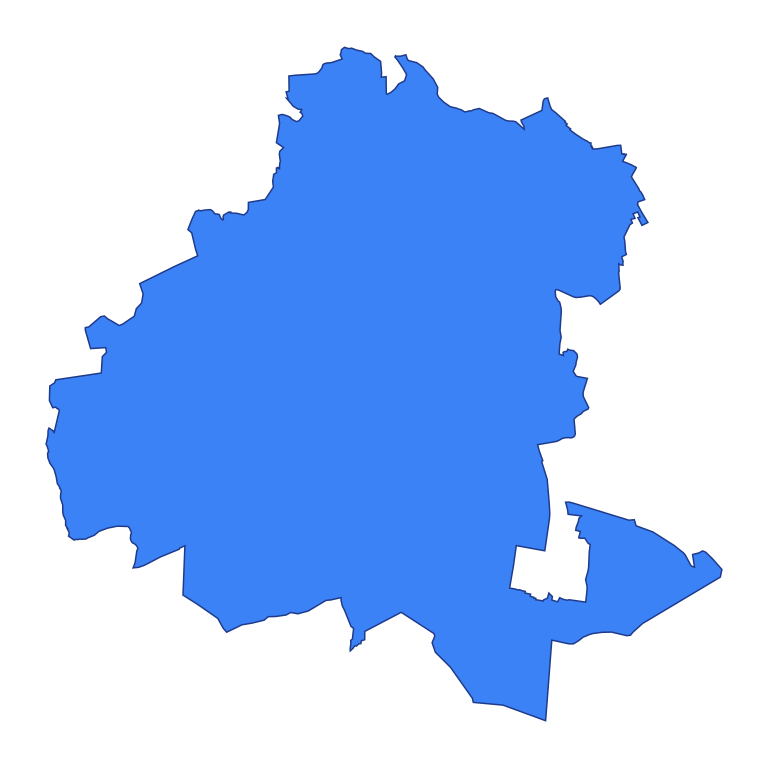 outline of Moroleón, Guanajuato, Mexico
{"feature_id": "50627088B62680528635044", "entity_name": "Moroleón", "entity_type": "district", "adm_level": 2, "iso_a3": "MEX", "parent_name": "Mexico", "parent_adm1": "Guanajuato", "projection": "orthographic", "projection_center": [-101.228, 20.085], "detail": "fine", "context": "isolated", "style": "filled", "palette": "blue", "viewbox_px": 768, "rotation_deg": 0, "n_neighbors": 0, "source": "geoboundaries", "source_scale": "gbopen_adm2", "svg_char_len": 6018}
<svg xmlns="http://www.w3.org/2000/svg" viewBox="0 0 768 768"><path d="M547.7,97.9L544.4,98.8L543.2,101.1L541.9,110.4L521.0,120.1L521.5,122.0L524.0,126.3L524.2,129.2L515.8,121.8L513.6,121.2L508.3,121.0L505.3,120.2L493.7,113.8L492.5,113.3L488.9,112.8L479.3,108.5L473.8,109.7L471.5,110.8L469.2,110.9L466.1,111.8L464.4,111.8L461.0,109.6L458.9,109.2L456.7,108.2L450.2,106.7L443.7,102.1L438.7,97.2L437.2,94.0L437.7,87.4L433.2,78.9L425.1,69.9L423.1,67.1L416.8,62.7L408.3,60.5L407.1,58.6L405.9,54.8L400.0,56.3L398.7,56.1L396.6,56.3L395.5,55.8L394.9,57.0L397.3,59.8L402.9,68.1L406.6,74.6L404.6,80.8L398.8,83.8L394.8,89.1L390.6,92.6L387.1,94.3L386.3,93.3L386.1,76.7L381.3,77.2L381.6,73.1L380.6,61.4L374.0,56.7L370.7,53.5L366.3,53.3L365.0,53.0L362.7,51.4L356.6,50.1L351.7,48.2L348.5,48.6L344.5,47.3L341.4,49.7L340.8,53.9L340.3,54.3L340.3,55.1L342.2,59.0L331.2,62.7L326.8,63.0L324.0,63.8L322.7,65.1L321.8,68.1L319.2,71.5L317.3,73.3L314.3,74.0L295.8,75.2L288.9,76.0L289.1,91.3L286.1,91.9L288.0,98.6L286.6,98.3L293.3,106.3L298.0,109.1L301.6,109.5L301.7,110.0L300.1,112.2L301.9,113.5L302.8,116.1L299.4,120.3L298.2,121.2L296.2,121.5L291.9,119.4L291.3,118.5L290.0,117.2L288.0,116.2L283.3,114.6L281.7,114.5L278.4,115.4L279.6,123.4L276.4,142.7L283.5,147.5L279.8,151.3L279.3,154.2L280.3,161.2L279.7,163.8L279.5,168.8L278.2,168.2L278.3,167.5L278.1,167.4L276.4,168.1L276.5,172.7L273.7,174.4L272.7,181.3L273.4,187.1L265.2,199.5L248.4,202.4L248.3,209.7L246.8,212.5L243.9,215.0L236.8,213.3L230.5,213.0L230.7,212.0L228.7,212.1L223.5,215.2L223.0,216.9L223.4,219.6L222.4,219.9L220.4,217.5L219.4,214.7L218.0,214.1L215.1,213.9L212.2,210.6L210.3,209.6L204.1,210.1L201.9,210.7L199.5,210.6L198.7,210.1L198.3,210.5L195.6,211.4L192.0,219.1L187.9,229.6L191.7,232.8L195.4,248.5L197.7,255.8L174.0,266.7L139.7,283.6L143.1,293.9L141.6,303.0L136.3,308.7L134.3,316.2L122.5,324.2L119.2,325.5L107.5,318.7L104.4,316.0L100.7,316.7L88.7,327.0L85.3,327.6L85.3,330.1L90.6,348.6L105.7,347.6L106.5,352.3L102.3,356.7L101.3,373.0L55.8,379.8L54.6,382.8L49.8,386.0L49.4,400.5L52.7,407.7L55.8,407.2L57.3,408.7L58.1,408.7L59.3,410.6L54.2,432.4L53.4,431.6L53.3,430.9L49.0,428.1L48.1,430.5L47.9,435.9L46.1,444.3L47.0,445.8L48.5,450.6L48.6,452.1L48.0,452.2L47.6,453.7L47.9,457.9L50.0,463.4L53.9,468.9L56.0,476.0L57.4,483.8L58.9,485.8L59.8,487.7L59.6,488.0L61.2,490.5L60.5,496.1L60.6,498.5L62.7,504.8L62.8,512.3L63.3,515.2L65.6,520.3L65.6,525.4L67.5,528.2L67.0,528.2L69.0,532.2L69.2,533.6L68.5,536.1L74.1,540.1L75.7,539.4L77.8,539.6L79.6,539.0L81.9,539.3L86.0,539.0L87.7,537.9L94.3,535.3L98.9,531.4L107.7,528.1L117.2,526.2L128.0,526.5L129.4,527.9L131.4,532.3L131.3,533.4L130.7,534.7L130.4,538.9L131.3,541.2L132.4,542.8L134.5,543.8L136.7,545.8L137.9,548.3L136.8,551.0L135.1,562.6L133.1,567.9L138.7,567.3L144.4,565.3L160.5,556.9L179.3,549.2L179.5,548.2L184.9,545.7L183.0,595.1L197.9,604.6L217.8,618.4L223.3,628.4L226.7,632.2L242.0,624.8L252.1,623.1L264.3,620.1L268.1,616.7L275.6,616.5L286.1,615.0L290.7,612.5L297.9,613.8L308.2,611.0L326.0,600.4L331.0,599.9L341.1,597.6L341.0,600.1L342.3,605.8L344.8,610.9L351.0,626.4L353.6,628.4L352.4,639.1L350.7,640.4L350.9,643.3L350.1,649.1L350.3,650.9L353.1,648.2L354.7,645.8L356.4,646.1L358.8,643.8L360.8,643.7L361.4,640.8L364.7,639.7L364.8,631.4L401.2,612.3L433.9,633.5L434.8,636.0L432.1,642.8L435.4,652.3L450.5,667.3L472.4,698.3L473.3,702.4L502.9,705.1L545.6,720.7L551.8,640.1L568.6,643.8L573.3,643.9L578.5,640.8L583.2,637.1L589.8,634.4L593.6,633.4L602.2,632.3L611.5,632.1L626.9,635.7L630.5,635.2L632.7,632.4L642.7,623.4L720.3,577.1L721.9,569.5L712.7,559.0L705.7,552.2L702.6,550.9L699.0,552.9L692.6,554.5L694.5,567.2L691.1,565.9L685.2,554.9L683.5,552.9L673.9,545.3L652.8,531.9L636.1,525.8L634.3,519.7L628.9,520.2L573.1,503.1L569.2,502.1L565.6,502.2L567.6,509.8L568.1,514.3L581.5,515.9L578.9,518.4L578.3,521.8L576.2,527.2L575.7,530.3L580.3,531.5L578.7,537.8L581.1,538.3L584.8,538.2L588.2,543.4L590.2,544.5L589.3,551.5L588.6,567.6L588.0,571.1L585.6,579.6L587.1,586.5L587.0,590.5L585.7,602.1L570.3,599.9L568.8,599.8L566.9,600.2L562.8,599.2L559.7,597.7L557.7,601.7L556.5,601.5L551.8,600.0L552.4,596.6L548.9,593.0L547.4,598.2L543.5,599.9L543.3,601.0L538.8,600.2L535.7,599.7L535.8,598.3L533.8,598.2L533.9,597.3L530.3,596.5L530.6,594.2L525.0,593.0L525.3,591.4L522.1,590.7L519.6,589.7L518.2,590.0L514.7,588.9L509.6,588.1L513.5,565.4L516.3,545.6L544.8,550.8L549.5,518.4L549.8,513.3L549.2,503.0L547.2,479.3L541.6,461.5L542.8,460.7L539.3,451.1L537.6,444.7L556.1,441.5L557.9,440.9L562.5,438.4L564.9,437.8L568.5,437.6L571.2,437.9L573.5,437.1L574.7,435.8L575.3,433.9L574.1,420.0L574.3,418.8L577.2,416.1L581.3,413.7L583.4,411.3L588.0,409.1L588.7,407.7L583.4,396.7L583.1,394.0L583.2,392.0L587.4,378.4L577.3,376.5L576.1,375.9L573.2,371.4L575.9,364.8L576.1,362.4L577.5,357.0L577.0,354.0L573.6,350.6L569.8,350.1L567.8,349.2L566.8,351.5L564.7,351.6L563.1,352.3L563.4,355.5L559.1,354.0L559.9,343.4L561.2,337.2L560.0,330.4L561.3,311.6L561.0,307.9L560.1,303.9L559.5,301.9L558.2,301.1L555.7,296.8L555.2,291.2L555.8,289.6L558.2,289.9L573.6,296.9L576.0,297.5L580.7,297.1L589.6,295.7L591.9,296.0L593.9,297.1L596.4,299.2L599.1,302.3L600.3,304.3L618.3,291.3L619.8,289.8L620.2,288.1L618.6,272.6L619.1,271.7L618.8,263.8L620.7,265.0L623.1,265.1L622.8,264.2L623.1,261.4L622.0,257.7L622.0,256.6L626.4,254.5L625.5,251.5L624.8,241.7L624.0,236.9L630.0,224.6L632.4,223.1L631.0,219.3L635.0,218.4L633.1,213.8L637.7,212.0L640.0,217.0L637.9,217.7L642.0,225.4L647.9,222.5L641.4,211.7L637.5,204.5L637.9,204.0L637.6,203.2L638.0,201.9L644.7,199.6L644.3,198.7L642.7,195.0L640.8,191.8L639.6,190.9L638.8,188.7L631.4,176.9L632.5,174.5L635.9,168.7L636.3,167.5L631.2,164.7L622.6,161.3L626.4,154.4L626.1,154.1L625.3,154.7L623.8,154.4L624.0,153.9L621.8,153.9L620.7,145.3L617.4,145.4L597.1,148.9L592.6,149.0L592.5,147.5L591.8,147.5L591.8,146.1L591.0,146.1L590.9,142.9L589.7,143.0L587.4,141.3L583.1,139.1L575.5,134.1L569.9,129.9L570.6,129.0L566.0,125.4L567.2,124.0L564.9,122.2L565.4,121.4L555.7,112.7L551.6,109.5L550.1,106.1L547.7,97.9Z" fill="#3b82f6" stroke="#1e3a8a" stroke-width="1.5"/></svg>